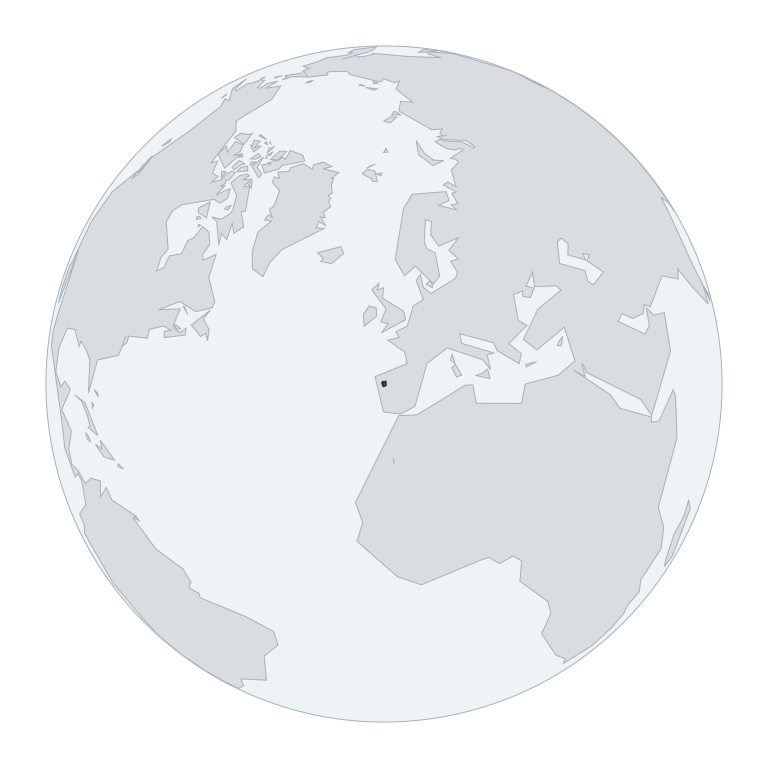 Vila Real on an orthographic globe, rotated 349°
{"feature_id": "PRT-756", "entity_name": "Vila Real", "entity_type": "District", "adm_level": 1, "iso_a3": "PRT", "parent_name": "Portugal", "parent_adm1": "", "projection": "orthographic", "projection_center": [-7.677, 41.533], "detail": "fine", "context": "on_globe", "style": "filled", "palette": "slate", "viewbox_px": 768, "rotation_deg": 349, "n_neighbors": 0, "source": "natural_earth", "source_scale": "10m", "svg_char_len": 10890}
<svg xmlns="http://www.w3.org/2000/svg" viewBox="0 0 768 768"><g transform="rotate(349 384 384)"><circle cx="384" cy="384" r="338" fill="#eef3f6" stroke="#a8b0b8"/><path d="M115.3,588.9L101.9,566.9L94.7,554.0L80.2,528.0L61.7,474.0L62.8,464.5L60.5,453.2L68.3,445.5L68.8,421.4L66.7,413.6L63.1,416.4L58.4,386.3L60.3,364.4L64.8,283.0L69.3,269.1L75.7,256.1L109.5,194.7L79.9,242.4L86.9,227.2L98.5,207.1L99.4,207.2L117.2,183.0L127.9,168.4L153.8,143.5L183.3,127.6L175.4,134.5L183.3,130.6L193.8,122.1L198.7,117.6L240.4,99.0L277.1,80.2L282.3,73.8L286.2,76.2L291.7,65.0L307.5,58.2L293.5,66.4L295.1,67.8L307.8,63.0L312.1,63.5L320.8,61.8L324.9,63.2L316.4,68.8L318.9,70.0L327.7,66.6L337.4,66.5L324.0,71.2L339.5,71.7L328.2,83.0L289.2,97.4L286.7,107.6L256.5,133.8L263.1,133.5L255.8,144.4L260.6,148.5L253.6,153.0L263.5,152.5L268.9,147.8L275.1,146.2L278.5,148.4L270.1,154.2L267.3,153.9L266.6,156.8L261.0,158.9L265.6,159.1L255.2,166.4L270.4,162.7L266.1,171.5L257.8,175.4L252.5,170.3L219.9,169.5L209.9,173.3L201.2,183.1L197.8,210.4L189.3,217.2L182.4,229.7L189.9,227.7L198.0,217.3L210.2,217.5L218.7,205.7L224.9,204.4L236.1,194.9L241.0,201.6L239.7,213.7L230.7,222.2L229.9,228.0L243.9,224.7L232.2,246.2L233.6,270.8L229.9,276.3L212.9,277.1L199.2,264.0L177.2,268.1L198.1,271.3L188.4,286.2L189.6,291.4L194.1,294.4L200.4,291.3L198.4,298.0L177.0,296.5L178.4,290.4L185.2,290.6L178.7,285.0L164.2,285.6L160.4,293.8L142.5,288.3L139.6,294.4L134.0,297.1L139.9,287.5L129.0,305.1L107.3,305.8L92.1,336.5L99.8,304.6L98.2,293.8L94.7,284.1L92.0,288.9L91.2,271.6L83.9,268.7L71.7,286.7L64.3,308.9L66.2,325.3L71.2,320.3L75.1,329.5L62.8,347.5L68.1,370.6L62.1,388.0L62.3,403.5L67.3,410.4L71.8,424.8L78.2,420.5L87.2,425.2L84.0,441.0L91.6,432.6L94.8,446.1L114.7,465.7L112.3,467.8L128.6,502.5L151.4,527.2L156.7,542.0L153.4,546.8L162.6,554.3L162.8,558.8L203.6,585.8L228.4,605.8L230.1,619.9L214.5,628.2L212.1,652.3L187.1,646.2L188.7,653.3L183.0,655.0L166.8,642.8L176.9,651.0L154.6,632.1L134.0,611.4L115.3,588.9ZM86.9,345.2L93.3,380.1L85.2,369.9L87.5,369.6L86.8,358.6L84.0,343.2L78.1,335.4L86.9,345.2ZM99.8,338.9L98.3,334.1L100.4,337.6L99.8,338.9ZM200.2,115.7L193.5,122.0L182.5,129.8L187.5,124.4L200.2,115.7ZM221.8,102.9L219.9,105.5L211.2,108.3L215.0,105.9L221.8,102.9ZM285.0,69.7L278.7,72.7L283.3,69.7L285.0,69.7ZM321.3,61.3L321.7,60.5L326.0,60.0L321.3,61.3ZM232.6,191.9L234.3,193.4L231.3,194.3L232.6,191.9ZM235.9,186.6L231.3,186.7L232.2,184.2L235.0,184.2L235.9,186.6ZM336.2,61.9L343.0,61.9L334.6,62.8L336.2,61.9ZM241.4,187.1L234.3,179.9L235.9,175.7L248.1,172.2L241.4,187.1ZM346.0,62.5L362.6,63.1L364.9,60.9L367.8,68.2L352.7,64.8L342.0,66.1L347.3,64.0L346.0,62.5ZM269.2,145.4L263.6,150.5L265.2,144.3L269.2,145.4ZM268.8,141.8L264.9,126.5L275.0,120.5L274.2,126.6L284.7,117.8L291.5,122.3L287.2,128.2L279.4,131.0L288.0,130.7L268.8,141.8ZM366.7,72.5L369.5,73.8L365.0,73.6L366.7,72.5ZM277.7,145.1L276.0,142.3L284.6,136.8L289.5,141.5L285.2,141.7L277.7,145.1ZM284.1,113.5L291.4,110.6L298.8,113.4L302.7,112.7L292.5,122.0L284.1,113.5ZM284.9,144.1L291.8,144.1L290.8,148.8L279.9,147.5L284.9,144.1ZM284.8,133.5L289.1,131.2L288.3,134.0L284.8,133.5ZM291.1,166.5L288.9,162.7L293.2,159.4L291.1,166.5ZM294.4,143.8L294.7,142.2L296.1,140.6L300.3,141.7L294.4,143.8ZM298.5,123.5L300.1,125.5L303.0,119.8L308.7,122.1L300.9,128.0L306.7,126.4L308.5,127.2L300.1,131.3L298.5,123.5ZM308.9,138.2L300.9,147.2L304.1,154.6L300.3,157.6L296.0,145.2L308.9,138.2ZM304.5,133.7L306.4,137.1L300.8,138.8L296.0,137.6L304.5,133.7ZM315.4,121.7L308.7,116.6L310.6,115.6L315.4,121.7ZM310.9,139.9L312.8,137.7L311.8,140.2L310.9,139.9ZM315.3,126.7L312.6,125.0L314.9,123.8L315.3,126.7ZM318.8,135.1L316.2,137.9L312.9,137.0L318.8,135.1ZM318.1,131.0L321.9,129.8L313.3,135.0L316.5,130.3L318.1,131.0ZM317.9,125.9L318.4,124.7L318.7,126.8L317.9,125.9ZM332.9,137.1L322.8,143.9L315.5,141.9L326.2,135.4L332.9,137.1ZM579.1,108.1L580.4,109.0L574.6,105.1L589.2,116.1L581.5,111.0L596.6,122.7L599.4,124.2L589.4,115.8L605.8,129.1L625.1,147.2L642.9,166.8L659.1,187.8L673.6,209.9L686.3,233.1L697.2,257.2L696.5,255.4L701.8,269.8L698.0,260.7L691.7,253.5L697.4,274.4L708.8,322.2L716.1,348.0L717.5,367.4L705.0,347.2L694.2,327.0L693.0,336.9L677.4,331.0L660.0,359.2L654.7,355.5L652.0,364.1L640.6,367.2L631.2,360.2L625.7,367.1L649.9,385.0L655.5,377.6L656.1,359.4L662.2,368.0L672.8,367.4L671.5,406.4L640.8,465.8L633.0,448.0L584.7,411.2L583.5,403.7L583.1,403.0L582.2,401.8L582.7,415.0L572.8,406.7L603.8,437.3L611.1,453.0L640.5,467.5L638.9,472.4L646.9,472.9L666.7,444.9L667.8,451.6L661.5,492.2L629.8,557.3L631.3,578.1L624.4,598.8L598.7,625.2L594.9,636.6L580.7,647.9L575.8,654.7L561.0,666.5L538.6,680.3L506.8,692.6L509.6,688.3L501.0,683.0L491.1,659.1L504.1,640.9L503.3,628.6L479.8,603.7L485.3,583.9L477.8,577.4L463.1,582.4L453.9,574.2L444.5,575.5L382.3,588.2L360.4,575.7L327.5,533.1L336.7,516.0L333.3,494.9L392.4,417.9L410.5,420.6L463.4,400.7L471.0,401.8L470.9,420.4L515.4,429.3L522.6,411.1L556.9,408.6L575.8,397.8L571.8,362.7L540.7,379.6L529.3,366.9L549.3,339.9L575.6,325.8L572.0,320.5L550.3,317.2L551.2,302.3L542.2,315.1L549.7,318.5L544.3,327.0L537.1,324.6L537.7,319.1L528.3,320.9L528.0,347.4L535.5,353.7L514.1,368.2L524.6,380.4L520.7,389.8L501.4,372.8L499.4,364.4L467.8,349.0L468.1,359.0L497.8,374.5L490.8,375.0L491.4,389.9L485.4,379.0L452.9,360.6L430.2,372.0L410.1,411.8L395.0,416.7L378.2,411.4L376.6,375.1L410.6,368.4L410.5,356.6L396.0,341.7L407.6,341.3L405.8,334.8L417.9,331.7L427.5,313.2L438.7,308.7L435.3,288.4L440.5,283.7L441.0,296.8L447.4,304.1L474.3,294.0L477.4,288.2L473.0,276.1L480.9,275.4L473.2,265.1L485.1,254.5L464.1,259.2L458.4,246.4L461.6,233.6L456.0,230.5L450.7,251.7L452.0,259.6L459.1,264.8L459.3,288.6L451.6,295.1L437.1,274.3L424.6,281.7L418.8,263.4L436.7,215.5L447.8,203.1L481.4,207.0L483.0,216.2L471.7,219.0L488.7,227.1L484.2,221.2L490.8,221.0L487.0,209.8L491.5,209.2L480.1,199.9L485.2,197.9L492.3,203.9L491.0,186.8L499.6,180.6L497.2,177.1L492.1,175.2L506.4,169.3L504.0,167.0L498.3,168.0L489.8,164.4L480.3,156.1L485.8,154.4L489.9,157.2L506.9,161.2L517.2,169.6L518.5,168.2L510.9,160.6L490.1,155.6L482.9,151.1L492.6,152.1L488.5,151.4L486.6,148.7L489.8,144.8L479.1,143.3L450.7,118.9L454.2,109.8L466.0,112.8L452.0,96.8L457.0,89.5L451.8,90.2L441.6,84.1L439.9,86.2L436.6,86.2L409.5,73.6L407.4,70.0L389.9,67.0L387.2,67.6L387.8,69.9L367.8,68.2L364.9,60.9L371.1,59.8L365.1,56.6L380.2,55.0L389.9,52.8L409.9,54.1L415.8,52.9L412.7,51.9L418.5,50.2L440.9,51.6L436.3,54.6L405.3,57.2L419.1,56.0L420.0,57.9L427.5,58.6L436.9,58.2L435.5,57.1L471.2,67.4L502.0,74.4L490.0,68.2L490.4,66.3L514.9,72.9L567.0,100.0L567.4,100.2L579.1,108.1ZM378.8,458.2L378.8,465.0L378.8,458.2ZM608.3,326.7L620.8,316.0L606.6,301.6L610.2,296.6L604.1,293.9L605.5,300.7L589.2,292.3L591.5,281.5L585.6,274.4L581.1,277.8L579.5,299.3L602.9,311.0L603.6,321.7L608.3,326.7ZM115.4,466.1L117.4,471.5L113.9,468.5L115.4,466.1ZM81.8,374.7L84.2,379.6L84.7,384.4L82.4,381.7L81.8,374.7ZM108.1,411.7L112.1,417.9L107.0,414.2L108.1,411.7ZM94.9,385.1L104.9,407.4L95.2,402.1L89.2,388.2L94.7,393.9L94.9,385.1ZM93.9,346.0L94.9,350.0L93.1,352.1L93.9,346.0ZM101.3,341.5L100.5,340.7L101.0,336.9L101.3,341.5ZM189.7,286.2L191.4,286.6L194.8,290.7L191.1,291.0L189.7,286.2ZM222.7,297.4L218.9,308.0L219.0,300.3L213.1,302.4L206.1,289.3L227.7,278.4L219.1,285.4L222.7,297.4ZM202.7,269.9L204.7,278.7L201.7,269.6L202.7,269.9ZM384.4,304.5L390.9,307.8L389.8,315.9L375.6,323.5L377.0,311.7L384.4,304.5ZM400.4,310.7L389.9,289.2L398.3,284.2L395.4,290.5L402.0,289.4L399.0,299.3L417.3,316.5L417.5,325.0L391.2,333.2L399.7,325.6L392.7,322.5L400.4,310.7ZM348.4,249.8L344.0,242.3L367.9,241.0L369.3,248.2L355.3,255.8L345.4,251.7L348.4,249.8ZM264.2,183.2L261.0,181.8L263.3,180.0L267.9,179.7L264.2,183.2ZM289.7,165.0L280.8,188.2L276.6,187.6L276.3,202.9L265.3,207.4L265.8,197.1L257.1,212.5L253.1,205.0L248.4,215.9L250.8,192.5L246.9,187.1L255.5,191.3L265.8,187.3L269.0,183.9L275.4,170.4L272.1,157.4L281.8,152.0L289.5,151.6L291.8,153.9L284.8,156.6L292.8,157.8L284.4,163.4L289.7,165.0ZM374.3,160.7L365.2,161.1L380.0,167.8L371.7,172.1L373.9,172.6L370.3,178.6L369.7,187.1L365.1,188.2L366.9,191.1L364.5,195.4L365.5,199.9L357.4,203.6L357.9,209.5L353.8,208.0L356.8,217.3L351.0,212.1L347.4,217.8L354.9,219.8L309.3,232.7L294.7,243.3L285.7,255.4L276.9,245.9L279.8,229.0L289.3,210.8L304.6,202.5L297.9,200.1L303.2,195.6L306.3,199.3L304.8,190.9L310.0,188.3L318.4,174.4L312.9,164.8L315.9,159.8L320.6,162.3L320.2,155.7L331.2,157.2L333.6,153.8L346.8,152.3L354.6,159.7L356.7,155.4L366.8,154.6L374.3,160.7ZM336.6,136.9L347.9,143.9L348.8,150.0L325.5,150.1L321.8,153.0L306.8,154.1L305.8,145.5L310.1,145.9L314.1,144.3L312.9,147.6L316.9,143.9L323.0,144.4L327.8,141.8L330.1,144.7L336.6,136.9ZM476.0,393.2L481.2,392.4L488.6,389.2L489.0,398.9L476.0,393.2ZM453.6,381.0L457.8,378.6L462.1,390.0L456.7,391.1L453.6,381.0ZM456.5,368.1L457.7,377.6L453.9,373.1L456.5,368.1ZM444.6,294.3L448.6,291.4L450.4,293.9L449.9,298.8L444.6,294.3ZM416.3,184.1L411.0,182.7L411.3,180.8L402.9,173.4L408.4,170.0L415.6,173.2L416.3,184.1ZM568.6,371.2L565.3,380.4L561.5,379.1L563.4,376.2L568.6,371.2ZM526.9,391.7L538.1,391.3L526.9,394.4L526.9,391.7ZM420.9,179.2L416.8,176.4L422.1,176.5L420.9,179.2ZM411.9,167.3L417.5,166.5L408.1,168.8L411.9,167.3ZM661.0,564.5L634.3,607.9L624.4,616.7L627.2,609.9L640.1,586.7L653.1,570.9L660.8,556.5L661.0,564.5ZM716.7,349.2L719.7,358.1L719.9,365.4L716.7,349.2ZM462.0,151.3L467.6,165.0L475.3,173.6L485.3,176.2L473.6,178.9L461.7,165.5L462.0,151.3ZM451.6,122.8L442.8,121.4L444.9,118.8L447.2,118.7L451.6,122.8ZM447.5,124.3L440.0,128.8L434.0,126.0L441.1,122.9L447.5,124.3ZM430.9,152.9L432.2,157.0L427.8,156.7L430.9,152.9ZM509.8,70.4L503.6,68.0L497.5,65.7L509.8,70.4ZM496.9,65.6L501.1,67.3L486.9,66.0L481.4,65.0L487.0,62.9L491.3,64.6L496.6,65.9L496.9,65.6ZM371.8,72.6L369.7,73.7L369.2,72.2L371.8,72.6ZM435.9,87.5L431.3,87.2L430.9,85.1L435.9,87.5ZM418.5,85.5L422.2,88.0L416.0,85.9L418.5,85.5ZM430.8,93.9L422.6,89.4L433.7,92.9L430.8,93.9Z" fill="#d9dde1" stroke="#a8b0b8" stroke-width="1"/><path d="M382.4,382.3L382.5,382.2L382.8,382.0L382.9,381.9L383.0,381.8L383.0,382.1L383.3,382.0L383.7,381.9L383.8,381.8L384.0,381.9L384.1,382.0L384.3,382.0L384.2,382.2L384.3,382.3L384.5,382.3L384.6,382.2L384.8,382.1L385.0,382.2L385.0,382.3L385.2,382.2L385.3,382.2L385.5,382.2L385.9,382.0L386.0,382.0L386.1,381.9L386.1,382.0L386.1,382.3L386.1,382.5L386.2,382.8L386.0,383.1L385.9,383.6L385.9,383.8L385.9,384.0L385.7,384.1L385.6,384.3L385.4,384.5L385.4,384.8L385.4,385.0L385.5,385.1L385.4,385.2L385.4,385.3L385.3,385.5L385.2,385.6L385.3,385.7L385.2,385.7L385.1,385.8L384.6,386.1L384.4,386.1L384.2,386.1L383.9,386.2L383.7,386.2L383.4,386.1L383.0,386.2L383.1,385.9L383.1,385.7L383.0,385.4L382.8,385.2L382.7,385.1L382.8,385.1L382.7,385.0L382.7,384.9L382.7,384.7L382.8,384.7L382.9,384.3L383.0,384.3L383.0,384.2L383.4,383.8L383.4,383.7L383.2,383.6L382.8,383.6L382.7,383.6L382.6,383.3L382.6,383.2L382.4,383.0L382.2,383.0L382.2,382.9L382.2,382.7L382.3,382.7L382.3,382.4L382.4,382.3Z" fill="#64748b" stroke="#1e293b" stroke-width="1.5"/></g></svg>